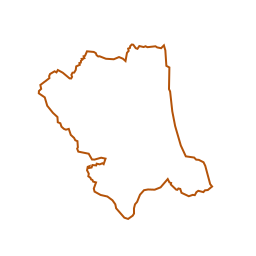 the district of San Juan De Urabá, Antioquia, Colombia, rotated 103°
{"feature_id": "7082276B41471862384078", "entity_name": "San Juan De Urabá", "entity_type": "district", "adm_level": 2, "iso_a3": "COL", "parent_name": "Colombia", "parent_adm1": "Antioquia", "projection": "orthographic", "projection_center": [-76.53, 8.711], "detail": "medium", "context": "isolated", "style": "outline", "palette": "amber", "viewbox_px": 256, "rotation_deg": 103, "n_neighbors": 0, "source": "geoboundaries", "source_scale": "gbopen_adm2", "svg_char_len": 1862}
<svg xmlns="http://www.w3.org/2000/svg" viewBox="0 0 256 256"><g transform="rotate(103 128 128)"><path d="M97.1,215.8L105.8,223.1L109.4,221.4L112.0,223.1L114.3,222.7L116.9,216.0L124.5,211.7L130.1,204.6L133.2,199.2L138.2,197.7L138.6,195.0L141.7,193.1L143.3,190.2L143.6,188.1L142.2,185.5L147.6,182.2L149.8,178.3L151.8,176.6L152.2,174.3L158.1,172.5L159.6,172.9L162.2,171.1L161.9,160.5L166.8,156.0L166.3,153.5L163.0,147.5L162.9,143.0L168.7,143.6L168.1,145.0L169.8,147.4L169.8,150.5L171.6,150.6L172.1,154.3L174.7,154.6L175.8,157.2L173.9,157.0L174.9,158.5L178.4,158.4L181.4,155.9L184.0,155.8L184.9,153.5L186.4,152.4L186.6,151.0L188.1,149.9L188.2,146.9L194.7,147.7L197.5,146.3L199.4,139.6L199.4,132.7L201.9,126.9L205.2,123.2L208.9,121.5L216.2,111.4L216.6,107.5L212.4,103.7L210.0,102.9L205.0,104.1L200.8,104.0L197.9,102.5L190.3,101.3L185.0,98.4L183.4,94.7L182.1,88.1L178.5,82.9L168.8,77.8L171.7,75.4L171.9,73.6L173.4,73.6L177.2,67.2L177.1,66.0L175.6,65.3L175.6,63.4L179.1,61.3L180.8,53.4L178.6,49.9L178.4,47.8L175.1,46.9L173.4,45.4L173.5,40.1L171.4,39.0L170.5,36.3L166.1,32.9L164.2,35.3L147.5,44.2L144.4,46.7L143.1,51.9L143.5,54.5L141.9,56.9L142.6,65.3L133.2,72.6L115.5,82.5L101.8,88.6L82.9,95.2L80.9,96.8L59.7,101.3L58.8,104.6L43.9,109.1L39.4,111.6L42.8,113.7L42.9,117.7L42.2,119.6L44.9,127.3L44.4,129.3L45.6,131.0L45.6,135.4L48.7,136.6L48.5,138.4L45.7,141.6L45.8,143.1L47.8,144.3L49.5,144.1L50.6,145.7L52.7,144.7L55.0,145.9L63.3,145.5L61.6,148.6L60.9,152.7L64.2,157.3L65.5,165.1L64.5,171.8L65.0,173.1L64.1,175.0L62.3,176.2L61.6,178.4L62.5,185.2L67.3,186.1L68.1,187.4L69.8,186.2L71.0,188.5L71.6,187.8L72.9,188.9L74.9,188.7L75.7,190.0L77.3,189.2L79.6,192.3L83.2,192.0L86.1,192.9L86.6,194.5L89.0,195.1L90.7,194.0L92.5,194.5L92.8,196.1L88.8,204.0L87.3,209.4L89.9,210.2L89.3,212.3L92.9,216.1L95.2,216.5L97.1,215.8Z" fill="none" stroke="#b45309" stroke-width="2"/></g></svg>